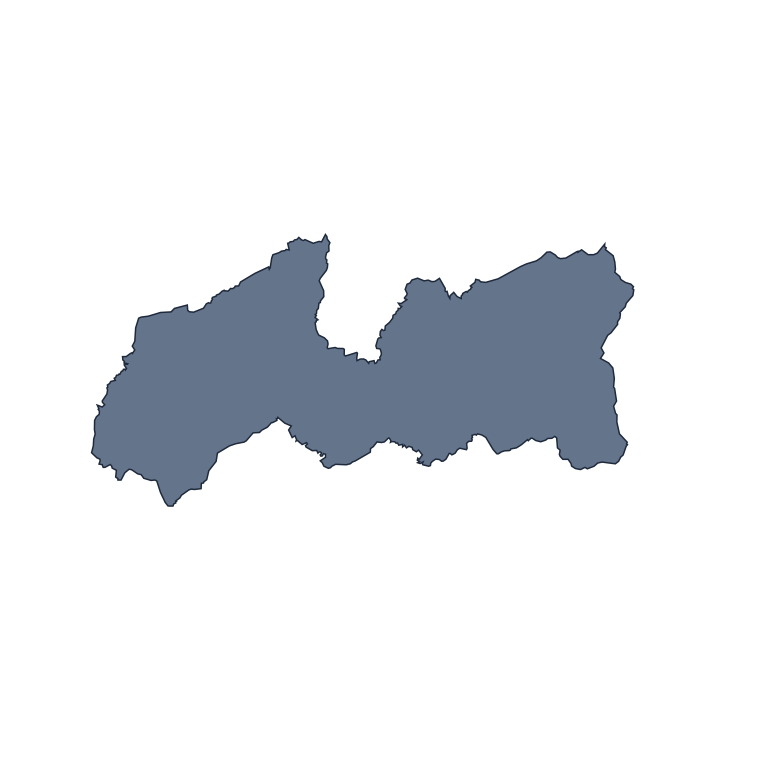 Sidenreng Rappang, Sulawesi Selatan, Indonesia, rotated 43°
{"feature_id": "22746128B89870320898123", "entity_name": "Sidenreng Rappang", "entity_type": "district", "adm_level": 2, "iso_a3": "IDN", "parent_name": "Indonesia", "parent_adm1": "Sulawesi Selatan", "projection": "natural_earth1", "projection_center": [119.91, -3.808], "detail": "fine", "context": "isolated", "style": "filled", "palette": "slate", "viewbox_px": 768, "rotation_deg": 43, "n_neighbors": 0, "source": "geoboundaries", "source_scale": "gbopen_adm2", "svg_char_len": 6170}
<svg xmlns="http://www.w3.org/2000/svg" viewBox="0 0 768 768"><g transform="rotate(43 384 384)"><path d="M217.0,633.7L224.4,633.8L227.4,632.7L228.8,633.8L230.2,636.9L232.9,635.2L235.5,636.5L236.8,635.2L238.7,629.6L240.6,629.7L242.6,630.9L247.1,629.6L251.3,635.1L253.8,634.7L254.9,635.7L257.2,633.6L255.0,625.7L255.7,620.2L257.9,618.8L265.1,617.7L268.3,615.9L272.6,616.8L279.4,613.4L282.0,610.4L284.0,609.9L294.6,615.8L304.7,619.8L309.2,620.5L311.3,618.7L312.9,617.2L312.0,615.0L312.8,613.0L311.9,612.3L312.2,611.3L311.5,611.3L312.4,606.5L311.7,603.5L313.5,594.7L314.6,592.4L317.3,590.4L321.6,585.3L318.2,581.2L319.5,579.5L319.0,578.4L319.6,574.9L315.0,566.9L314.0,555.1L309.3,548.1L313.2,534.6L316.3,528.8L321.3,521.9L322.0,519.5L321.6,509.0L326.0,504.4L326.1,501.1L328.2,494.9L328.0,489.0L328.8,488.3L330.5,483.7L328.9,482.7L329.7,482.0L329.1,480.8L338.2,480.3L344.8,477.9L345.6,482.7L353.4,485.8L354.2,482.6L357.8,484.2L358.6,485.7L359.0,484.4L365.4,484.1L367.4,479.7L368.9,480.1L368.6,482.6L370.0,483.3L377.0,481.7L380.1,478.5L382.8,479.6L382.9,478.0L383.8,477.1L385.0,477.0L385.7,478.0L385.7,479.4L387.1,479.8L388.0,478.5L387.1,476.3L389.2,475.3L391.2,477.5L389.8,483.7L392.5,483.7L396.2,485.1L400.8,483.6L402.0,481.6L401.9,479.8L403.4,475.7L411.5,468.8L413.8,465.2L414.1,462.5L415.4,460.0L420.5,443.2L418.2,440.4L418.9,437.1L418.4,431.2L422.2,428.4L423.8,426.0L424.1,420.4L425.1,420.0L427.7,420.8L428.5,422.2L429.0,420.8L431.3,418.9L433.1,419.1L434.2,417.9L436.5,418.7L438.8,415.5L440.5,417.3L440.8,414.7L444.0,415.4L444.7,412.6L447.9,411.2L449.8,412.4L453.9,411.5L454.4,408.8L460.4,409.7L461.1,415.2L459.3,415.2L460.3,417.0L462.9,416.5L462.3,418.6L464.6,417.6L465.7,414.4L466.3,416.1L467.5,416.6L472.8,413.6L473.6,412.0L472.2,410.1L472.1,407.7L473.0,403.7L475.9,401.5L478.8,401.2L479.9,400.0L480.6,396.8L479.0,390.3L479.8,389.6L481.8,389.6L482.3,388.8L483.2,386.0L482.5,382.1L483.2,379.3L489.1,375.8L488.6,374.3L484.9,371.1L485.0,368.3L487.1,366.1L486.6,364.7L485.2,364.1L485.2,362.8L483.4,361.6L484.9,358.8L486.4,358.4L486.4,356.7L490.2,354.6L494.9,353.6L508.4,357.5L514.1,358.1L515.3,357.0L516.1,353.7L517.8,350.6L521.0,347.3L521.5,346.1L521.0,345.0L524.4,340.4L525.9,334.8L526.9,326.9L528.2,327.1L528.5,323.4L529.6,322.5L533.4,321.9L538.0,319.4L540.5,314.8L540.9,312.2L543.8,309.2L544.7,305.8L547.1,305.7L554.4,312.4L557.9,312.3L560.4,316.0L562.2,316.8L566.2,317.1L570.0,313.5L575.0,314.6L577.2,316.1L581.6,315.3L586.0,312.6L587.9,307.9L590.5,307.4L593.7,300.9L594.2,296.1L596.7,292.4L607.6,284.6L608.3,280.5L607.0,276.2L607.3,272.8L603.6,264.5L603.4,262.3L602.2,262.4L601.6,260.7L590.2,259.9L580.2,253.0L575.5,247.7L573.3,247.5L567.0,243.6L565.7,237.9L555.7,230.0L554.0,229.7L548.6,222.8L540.4,216.2L533.9,215.4L524.9,217.7L523.7,211.3L518.2,209.5L514.4,195.9L515.1,191.6L514.2,181.1L512.4,179.3L511.7,175.1L509.0,171.4L507.8,171.1L507.8,163.0L506.1,159.8L505.7,149.6L502.4,144.7L500.7,144.8L500.1,142.7L496.4,142.6L491.3,145.1L485.9,146.1L483.1,144.6L476.6,144.9L474.9,142.1L469.5,137.3L464.1,133.9L454.3,134.7L453.6,132.8L451.7,133.2L450.0,131.1L450.8,142.7L449.2,146.4L445.1,150.2L437.0,151.1L436.0,155.3L435.3,154.7L434.7,156.0L431.1,167.9L427.5,172.0L424.7,173.1L421.4,172.8L415.5,174.0L413.2,176.5L412.8,184.4L411.5,190.0L406.2,199.2L403.7,205.2L395.7,229.3L389.1,240.3L384.9,243.4L382.9,243.1L379.7,244.9L381.2,247.6L380.3,253.4L382.3,253.3L382.1,254.6L382.7,255.4L382.0,258.2L382.3,260.0L381.0,260.3L379.8,264.1L380.4,264.8L380.5,267.1L382.2,268.8L377.9,270.2L372.5,269.4L372.1,274.4L373.8,276.5L371.1,275.8L366.9,273.2L366.3,274.2L365.2,274.3L363.5,272.3L352.5,268.9L351.3,274.2L349.2,276.5L345.5,277.9L343.0,281.2L336.4,283.7L333.5,288.9L334.1,292.5L332.8,295.3L335.0,300.4L339.3,302.1L340.0,303.5L340.2,307.0L340.8,307.5L343.2,306.8L341.7,313.4L339.4,315.1L342.6,315.8L344.1,315.2L344.2,318.1L342.8,319.0L344.0,320.5L343.7,322.7L344.7,324.7L343.8,327.6L345.5,329.9L346.0,335.0L345.4,340.7L347.9,344.0L347.2,345.2L345.2,345.5L345.5,348.1L347.7,351.0L350.3,352.0L348.8,353.9L348.8,355.3L352.0,361.6L354.4,363.0L357.0,361.1L357.9,361.3L360.9,363.1L362.2,364.8L362.8,367.4L364.7,368.9L363.2,370.5L364.0,373.7L363.6,374.8L363.3,375.2L360.8,373.7L358.0,377.7L358.7,379.3L354.3,378.8L352.0,379.6L349.5,382.1L348.4,385.3L346.5,383.8L343.6,379.6L342.6,379.5L336.7,389.8L335.1,389.9L331.3,385.7L329.8,386.0L325.7,389.7L323.4,390.6L318.9,396.4L317.8,396.3L315.8,392.9L313.3,391.0L308.9,390.9L303.1,392.7L301.5,392.3L297.2,390.4L291.8,386.1L292.0,384.7L291.2,383.7L291.9,382.1L288.1,382.3L287.8,380.0L286.3,380.1L286.5,378.4L284.5,376.0L284.5,373.6L281.3,369.3L281.9,367.8L280.9,366.7L280.4,361.2L276.2,356.9L266.2,352.7L265.3,350.1L264.4,340.3L263.2,337.5L260.9,334.5L259.4,334.7L257.6,332.2L256.6,332.4L254.8,331.2L252.5,327.1L253.1,324.3L249.2,320.4L248.0,317.5L243.5,316.7L241.9,315.2L239.2,314.6L241.4,322.6L239.3,324.0L236.2,329.4L227.7,332.3L227.3,333.9L225.6,334.8L221.7,334.9L221.8,337.6L220.3,339.7L220.4,341.6L218.4,344.0L218.3,345.8L217.6,346.8L223.2,350.6L220.7,352.3L220.6,354.0L218.4,356.8L217.7,359.5L214.6,365.2L216.0,368.5L221.5,376.6L221.8,378.3L219.8,377.0L214.1,391.3L209.5,407.2L210.8,411.4L208.4,413.9L208.9,415.4L208.1,417.7L206.6,418.8L206.7,422.2L204.0,424.5L203.2,424.4L202.3,426.6L202.1,430.6L200.8,433.2L201.3,434.1L199.5,437.7L199.9,438.8L200.9,439.2L201.1,441.2L202.0,442.6L201.7,443.6L200.2,444.3L199.4,446.5L200.3,451.7L195.8,461.3L192.4,463.9L190.2,464.0L186.3,460.4L179.2,471.6L179.1,476.5L171.8,484.1L165.4,495.1L160.7,500.8L159.7,503.2L164.1,512.3L172.6,522.7L174.1,528.0L178.5,529.1L179.2,533.2L178.4,533.1L177.7,534.6L176.8,539.7L174.1,542.3L176.6,544.5L178.7,544.5L179.5,545.9L182.8,544.0L182.8,544.7L180.8,546.3L180.9,547.2L185.1,548.3L185.3,550.2L184.4,549.9L183.4,551.0L184.0,552.7L183.3,553.8L184.2,557.1L183.4,557.5L183.5,558.9L182.4,560.0L183.3,562.3L182.8,563.8L185.0,564.6L182.4,568.6L183.0,570.7L182.4,573.4L184.1,574.6L184.0,575.8L186.0,577.0L188.2,580.4L189.5,588.5L190.5,589.4L193.9,589.7L193.6,593.0L188.7,595.0L192.3,596.5L192.2,597.4L194.4,598.0L196.4,600.4L196.0,604.1L197.2,608.0L203.2,614.7L206.9,617.6L209.3,622.3L213.6,627.5L217.0,633.7Z" fill="#64748b" stroke="#1e293b" stroke-width="1.5"/></g></svg>